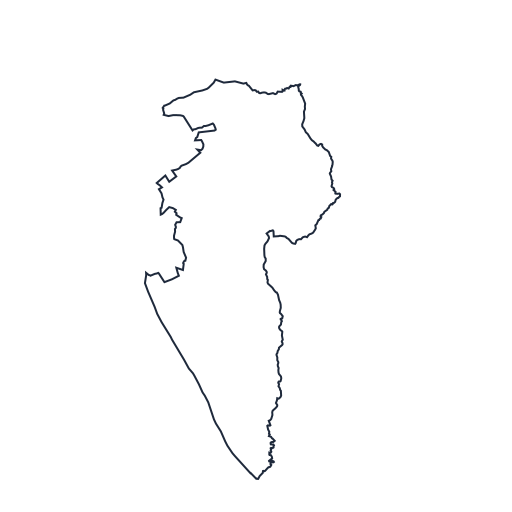 San José, Caldas, Colombia (Albers equal-area conic projection), rotated 321°
{"feature_id": "7082276B53371478501914", "entity_name": "San José", "entity_type": "district", "adm_level": 2, "iso_a3": "COL", "parent_name": "Colombia", "parent_adm1": "Caldas", "projection": "albers", "projection_center": [-75.814, 5.065], "detail": "fine", "context": "isolated", "style": "outline", "palette": "slate", "viewbox_px": 512, "rotation_deg": 321, "n_neighbors": 0, "source": "geoboundaries", "source_scale": "gbopen_adm2", "svg_char_len": 6141}
<svg xmlns="http://www.w3.org/2000/svg" viewBox="0 0 512 512"><g transform="rotate(321 256 256)"><path d="M358.8,262.5L360.2,260.9L360.1,259.9L358.5,259.0L357.0,257.5L357.1,257.1L358.2,256.2L357.8,253.5L358.9,253.3L359.1,252.5L359.1,251.8L358.4,250.3L358.6,249.3L361.0,247.6L361.5,246.4L362.9,245.7L362.8,244.1L364.4,241.4L365.2,238.4L365.8,238.0L367.9,237.5L368.6,236.1L369.1,235.6L371.6,234.2L371.9,233.7L372.8,233.3L374.9,231.1L375.4,229.9L375.5,228.2L375.8,227.3L376.9,226.3L376.6,224.9L378.0,221.0L377.6,218.1L376.9,217.0L376.5,213.7L376.8,211.9L377.6,211.0L377.1,209.8L376.5,209.5L375.3,209.3L373.7,209.6L373.1,208.6L373.2,205.7L373.0,205.3L372.9,203.4L372.3,201.2L372.3,198.9L373.0,193.7L372.6,191.2L373.4,188.2L373.5,184.5L374.8,182.7L377.9,181.0L380.3,179.3L384.1,174.0L386.6,172.6L388.0,170.6L390.1,168.5L392.1,162.4L392.4,161.0L392.4,159.0L392.6,158.7L393.7,158.5L393.4,157.4L394.0,156.9L394.1,156.4L393.3,155.3L393.3,154.5L394.3,153.1L395.3,150.9L395.8,150.4L396.3,150.5L396.6,150.8L397.8,150.8L398.4,150.4L398.3,150.2L395.5,149.4L394.5,148.2L392.0,147.6L390.8,146.1L390.3,146.1L390.1,145.6L389.6,145.8L389.5,146.3L389.1,146.3L388.6,145.7L386.8,146.4L385.9,145.0L385.0,145.0L384.0,144.3L383.1,144.5L382.3,145.4L381.7,145.0L381.2,143.6L380.3,144.7L379.8,144.9L379.4,144.7L376.3,141.9L374.3,142.7L373.2,142.5L372.7,142.2L371.7,140.1L367.9,138.3L367.1,137.5L366.4,135.2L365.2,133.9L363.4,132.8L361.9,132.3L361.2,131.6L361.0,131.2L361.2,129.6L360.0,128.9L360.0,127.0L359.1,126.0L357.6,125.2L357.6,119.2L357.1,118.2L357.0,117.0L357.4,115.4L354.7,114.1L349.5,107.0L340.1,101.0L335.5,93.4L332.2,94.7L325.2,95.4L323.2,95.3L318.5,93.6L310.8,89.7L306.4,89.3L299.3,87.3L295.5,84.6L293.8,84.1L291.4,83.8L290.3,83.3L289.3,83.1L285.0,83.2L279.9,81.8L279.4,81.4L276.7,82.2L276.8,83.1L275.8,83.9L274.4,87.4L273.1,88.2L276.1,92.2L280.3,94.4L282.4,96.1L285.8,99.1L287.4,101.2L287.6,102.1L285.7,118.5L287.2,118.4L288.9,119.4L291.6,120.1L293.2,121.0L294.7,122.2L297.4,122.2L298.5,123.2L301.4,124.5L305.8,125.8L305.9,127.5L304.8,131.3L304.2,132.5L302.7,132.4L289.3,123.9L285.2,126.6L283.5,126.5L281.4,127.8L286.4,131.4L286.2,132.9L285.4,136.1L283.9,137.8L281.9,139.0L279.9,139.2L277.4,136.4L277.7,140.7L262.2,141.0L259.4,140.5L255.1,139.0L253.8,139.0L252.2,139.6L250.4,139.4L248.5,138.8L244.6,136.8L244.1,144.0L235.3,143.7L236.2,136.4L224.8,136.8L225.0,138.2L225.7,140.5L226.1,143.5L222.6,143.0L222.0,147.9L220.2,151.6L219.6,154.0L216.6,155.9L213.0,159.1L211.9,158.8L208.0,163.9L209.4,164.3L211.3,164.3L215.3,163.7L219.3,163.4L221.5,166.4L222.7,169.7L220.8,170.5L221.2,172.7L219.9,173.8L221.3,178.3L222.1,179.8L218.4,182.0L215.5,179.8L212.8,180.9L212.0,183.1L211.1,183.8L210.0,184.0L208.4,186.2L205.1,188.6L203.5,190.6L203.1,191.5L205.1,194.8L205.7,201.1L204.7,203.3L202.3,207.4L200.6,213.3L198.1,215.2L197.6,214.8L196.8,214.8L195.3,215.4L194.9,215.7L194.9,216.6L190.4,220.9L186.7,215.0L184.5,220.0L183.6,222.8L176.0,221.2L168.4,218.7L169.5,208.5L169.4,207.6L168.0,207.2L166.1,206.2L161.6,204.9L161.5,204.3L160.7,203.3L160.0,199.9L158.7,201.7L152.6,207.2L149.7,215.8L145.2,231.8L142.8,238.8L141.0,248.0L138.8,265.2L138.1,268.2L134.8,291.3L133.0,301.2L133.2,307.5L132.8,310.1L130.9,319.8L128.6,328.5L128.3,332.3L126.8,339.7L120.5,356.5L119.4,361.0L118.3,370.2L115.4,380.7L114.4,385.4L113.6,394.5L113.7,398.1L115.0,421.4L115.3,421.4L116.0,429.2L116.4,429.2L117.0,430.3L117.4,430.6L120.4,429.3L124.8,428.8L126.1,427.5L126.6,427.7L127.0,428.5L127.8,428.7L132.3,428.0L132.8,428.3L133.4,428.2L134.1,428.7L134.7,428.7L136.4,428.0L136.3,426.7L137.2,426.0L138.2,426.2L139.7,427.3L140.3,427.3L140.4,426.5L139.8,425.9L139.7,425.2L137.3,424.3L137.0,423.9L137.2,423.4L141.2,423.4L141.9,422.2L142.2,420.7L142.2,420.1L141.3,419.2L141.3,418.8L142.7,417.1L143.5,418.1L144.7,417.8L144.9,417.4L145.1,416.2L146.1,415.8L146.4,414.6L146.9,414.6L147.8,415.5L148.9,415.9L149.2,415.8L149.9,414.8L150.8,414.5L150.9,413.4L149.0,411.8L149.1,411.3L149.8,410.4L150.7,410.3L151.7,410.8L152.3,411.4L154.2,411.4L154.0,408.3L153.7,407.8L153.9,406.0L152.7,404.1L154.4,403.3L154.2,402.3L155.7,401.0L156.2,398.5L157.9,395.1L158.7,395.1L160.0,396.6L160.7,396.6L162.2,392.1L163.8,392.5L165.3,392.2L168.7,389.9L170.3,387.6L171.6,386.7L175.7,386.5L177.8,386.1L178.7,385.3L179.0,382.8L181.4,381.4L183.0,379.9L183.7,381.1L184.4,381.2L186.4,381.0L187.7,380.3L190.5,376.4L190.5,375.2L191.3,373.7L191.5,371.4L193.3,370.1L193.4,368.8L193.8,368.2L194.7,367.9L195.7,368.7L196.4,368.7L198.4,367.2L198.9,366.6L199.6,365.3L199.6,362.1L200.2,360.7L201.5,358.8L203.1,357.3L203.6,355.5L204.4,354.2L205.7,353.4L206.5,352.6L207.0,350.3L208.7,348.3L209.7,345.7L210.3,345.2L211.6,344.8L213.1,343.5L215.0,342.9L216.2,341.7L220.4,341.6L221.0,341.4L221.8,340.4L222.1,338.8L222.9,338.3L224.1,337.9L226.1,334.1L228.8,331.4L228.9,330.9L228.4,328.9L228.4,327.8L228.6,326.7L229.2,325.7L229.9,325.3L232.2,325.0L234.1,323.2L235.0,323.0L235.4,322.1L235.2,320.9L235.6,320.4L237.2,320.9L238.9,319.6L239.0,316.8L238.7,315.5L239.0,314.7L240.2,313.6L242.6,311.9L244.5,309.4L245.4,307.6L246.2,304.8L248.7,299.9L249.2,297.5L248.6,296.6L248.5,294.1L248.8,290.9L247.9,285.0L248.3,283.8L250.2,282.0L250.2,281.0L251.5,279.3L252.2,276.5L253.8,275.8L254.3,275.1L254.5,273.6L254.0,271.3L254.9,269.4L256.6,267.5L260.4,266.0L261.9,264.1L262.1,262.3L263.0,260.7L266.9,255.5L269.3,253.1L271.1,252.4L274.0,251.9L277.4,250.3L278.2,248.8L278.4,245.2L282.6,245.3L283.0,245.8L285.2,246.6L285.2,247.7L282.1,252.0L285.9,254.7L287.4,255.4L290.7,258.9L291.2,260.0L291.2,261.2L292.0,263.2L292.2,268.4L292.8,269.7L294.1,271.2L295.0,270.9L296.8,269.6L298.3,269.5L300.2,270.1L301.5,271.3L304.1,270.9L305.8,271.5L306.5,271.9L307.5,273.5L309.8,272.9L311.2,272.8L313.4,273.6L315.1,273.8L318.6,272.7L319.9,272.1L321.4,269.5L323.2,269.4L327.1,267.4L327.7,267.8L328.8,267.3L330.0,267.6L330.5,266.9L331.3,266.8L331.2,265.7L331.9,265.2L333.7,265.5L335.7,265.4L336.6,264.8L337.3,264.7L340.5,264.9L341.6,264.2L342.9,264.4L344.6,263.2L346.2,263.1L346.8,262.9L347.3,263.1L347.6,263.9L348.1,264.0L349.0,263.3L350.1,263.8L351.6,263.7L353.4,262.4L354.9,262.2L355.9,262.2L356.6,262.7L357.4,262.4L358.8,262.5Z" fill="none" stroke="#1e293b" stroke-width="2"/></g></svg>